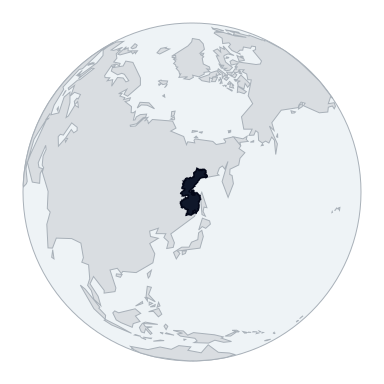 Khabarovsk on an orthographic globe
{"feature_id": "RUS-2614", "entity_name": "Khabarovsk", "entity_type": "Territory", "adm_level": 1, "iso_a3": "RUS", "parent_name": "Russia", "parent_adm1": "", "projection": "orthographic", "projection_center": [136.924, 54.6], "detail": "fine", "context": "on_globe", "style": "filled", "palette": "ink", "viewbox_px": 384, "rotation_deg": 0, "n_neighbors": 0, "source": "natural_earth", "source_scale": "10m", "svg_char_len": 17222}
<svg xmlns="http://www.w3.org/2000/svg" viewBox="0 0 384 384"><circle cx="192" cy="192" r="169" fill="#eef3f6" stroke="#a8b0b8"/><path d="M302.9,315.8L302.8,316.1L302.6,316.3L302.9,315.8ZM332.0,97.4L332.8,98.7L330.7,96.4L328.3,103.7L334.3,102.7L335.4,106.4L334.2,108.8L332.4,106.0L328.3,107.2L327.8,112.0L319.4,112.8L303.4,105.7L305.1,103.2L301.1,102.1L298.8,105.2L298.2,107.6L281.2,110.2L271.8,122.7L274.1,130.5L269.4,126.1L277.4,143.9L275.7,154.5L274.4,140.2L271.7,137.1L268.9,143.0L265.6,141.1L262.3,143.0L258.6,140.3L258.1,132.5L255.7,130.7L253.9,135.1L249.0,135.4L252.1,129.2L243.8,129.2L241.5,116.8L252.7,103.7L248.2,95.8L251.3,79.9L247.8,79.7L246.7,74.0L242.3,71.7L244.1,69.8L239.0,69.7L238.2,72.0L235.7,72.8L233.0,71.8L234.8,69.0L236.5,69.1L235.6,67.7L237.7,66.8L235.1,66.7L237.7,63.6L231.2,65.1L230.0,61.4L232.7,59.8L237.6,61.9L256.0,64.5L260.3,64.0L261.5,61.0L253.0,50.7L255.6,49.6L255.5,46.7L251.7,46.1L250.5,48.3L243.4,47.0L242.7,50.2L239.8,50.2L237.1,52.9L232.0,50.5L228.5,46.7L230.5,44.4L229.0,42.8L222.7,43.5L222.1,38.2L214.2,33.2L214.6,32.2L223.5,32.5L234.8,35.9L246.3,37.4L233.3,34.5L234.6,32.6L232.5,31.6L229.2,30.8L226.5,30.8L225.8,29.9L238.4,32.2L239.3,33.0L235.3,32.2L240.6,33.9L249.1,36.0L249.1,35.2L262.0,40.1L262.1,39.7L265.0,40.7L263.9,40.9L266.2,40.7L281.3,48.7L282.6,49.4L286.7,52.1L287.3,52.6L292.0,56.1L298.0,60.9L298.7,61.3L305.7,67.8L313.8,75.6L319.6,81.3L332.0,97.4ZM339.5,210.4L338.1,208.1L339.9,207.4L339.5,210.4ZM336.6,208.2L337.2,208.7L336.6,208.6L336.6,208.2ZM335.7,209.2L336.4,208.5L335.7,209.5L335.7,209.2ZM334.6,210.8L335.1,209.8L335.1,210.0L334.6,210.8ZM332.5,212.3L331.9,212.6L332.2,211.5L332.5,212.3ZM298.5,109.0L299.1,105.5L302.4,103.5L302.3,106.6L298.5,109.0ZM291.7,113.2L291.0,110.8L295.5,111.9L294.5,112.9L291.7,113.2ZM276.5,136.8L277.6,133.5L277.7,137.3L276.5,136.8ZM262.5,143.8L263.3,145.3L261.3,145.7L262.5,143.8ZM240.0,54.2L238.6,53.5L239.8,53.3L240.0,54.2ZM240.2,56.0L242.7,56.2L243.2,57.1L241.6,56.9L240.2,56.0ZM253.7,142.0L250.3,142.2L253.7,140.6L253.7,142.0ZM237.0,55.6L243.7,58.7L244.4,60.3L239.2,61.3L237.0,55.6ZM248.2,141.4L239.9,142.4L240.8,145.9L233.4,136.8L243.0,138.8L247.1,136.2L246.2,139.4L248.2,141.4ZM239.1,73.2L239.8,70.7L241.7,73.8L239.1,73.2ZM240.9,75.0L250.2,83.9L247.7,87.3L245.1,83.5L243.9,88.9L238.2,86.1L237.5,82.6L240.3,80.9L236.0,81.1L240.9,75.0ZM230.7,131.7L228.6,130.9L230.7,130.3L230.7,131.7ZM234.8,73.4L236.9,74.8L234.9,77.8L230.4,75.6L232.5,75.3L234.8,73.4ZM246.4,91.7L244.2,93.7L238.9,91.9L237.3,92.5L237.8,86.3L246.4,91.7ZM231.6,74.1L228.1,74.4L226.6,72.1L232.6,72.3L231.6,74.1ZM236.3,79.6L235.2,80.9L234.3,79.4L236.3,79.6ZM219.3,64.5L221.9,65.9L221.0,67.5L219.3,64.5ZM226.9,74.7L227.5,75.5L227.4,76.3L224.9,76.1L226.9,74.7ZM234.0,85.6L232.3,84.6L233.6,88.1L229.6,87.1L230.7,83.2L228.6,84.4L227.4,84.2L229.6,81.4L234.0,85.6ZM222.2,78.4L222.3,73.5L217.7,70.4L218.3,68.8L225.5,74.1L222.2,78.4ZM226.4,80.4L224.0,78.8L225.9,77.5L228.8,77.8L226.4,80.4ZM226.6,87.8L232.3,90.3L231.9,91.1L226.6,87.8ZM220.5,77.8L220.6,79.0L220.0,77.7L220.5,77.8ZM224.3,85.0L226.4,85.7L225.8,86.6L224.3,85.0ZM218.9,80.9L218.9,79.3L220.9,79.4L218.9,80.9ZM221.1,83.0L219.8,84.0L221.5,80.4L222.1,83.2L221.1,83.0ZM223.4,85.7L223.8,86.4L222.6,85.2L223.4,85.7ZM211.5,81.6L213.2,77.1L217.5,77.3L215.3,81.6L211.5,81.6ZM113.4,42.4L109.2,45.7L101.6,50.5L85.3,66.1L82.4,68.8L79.2,69.4L63.0,87.1L63.7,89.3L54.1,105.2L50.9,114.8L58.8,112.9L64.1,97.1L70.0,92.1L69.9,102.8L66.1,117.5L68.3,116.0L74.9,105.2L78.4,107.4L77.7,101.5L74.8,104.8L74.3,101.3L77.0,98.2L78.1,99.0L80.5,94.5L74.5,92.3L70.9,95.4L74.5,85.5L68.8,89.8L68.2,88.1L77.6,80.2L80.0,79.6L94.0,68.5L91.8,68.1L78.5,78.7L80.7,76.0L77.6,76.1L81.7,73.9L96.9,62.9L103.0,55.5L103.2,50.1L108.4,46.3L116.1,42.1L123.5,41.4L111.2,50.0L113.7,50.4L122.6,47.3L118.1,50.3L120.2,50.3L116.2,53.8L116.9,58.2L113.7,62.0L120.1,63.4L119.3,65.7L115.8,64.1L111.7,65.3L104.6,75.7L105.1,77.6L109.8,77.8L107.2,80.8L112.7,79.7L111.6,86.2L117.5,77.5L123.2,78.0L125.9,81.9L128.8,80.7L124.4,74.3L121.7,73.3L117.7,74.8L111.3,71.1L112.4,67.7L123.1,66.0L125.8,61.1L132.9,62.4L140.4,78.0L140.4,85.1L127.6,96.2L124.0,94.3L126.9,89.2L118.6,93.7L122.0,93.4L119.9,96.1L124.8,97.6L123.6,99.6L130.4,97.8L129.4,100.5L125.1,101.6L131.5,106.6L131.1,112.6L133.1,112.8L135.4,111.3L133.4,120.1L135.0,119.9L136.3,116.9L140.3,114.6L146.6,114.1L145.6,117.2L143.2,117.7L136.5,123.8L130.2,125.2L130.4,126.4L135.6,126.0L143.8,118.5L147.9,117.4L144.5,121.2L146.0,119.7L147.7,120.2L148.4,123.5L152.4,119.5L172.6,121.1L176.0,128.1L170.7,131.1L183.7,136.5L186.5,144.7L187.7,141.8L194.8,142.9L194.0,140.3L195.1,139.0L212.8,141.4L216.2,144.5L225.1,142.9L225.7,141.6L223.8,139.1L233.4,136.8L240.8,145.9L239.0,148.5L244.9,152.7L240.0,158.3L238.7,165.0L230.0,169.2L229.7,174.4L232.1,175.5L233.4,183.7L228.1,197.4L222.1,181.5L228.0,161.4L224.7,169.0L222.4,166.0L219.4,168.0L217.3,173.7L219.0,175.1L200.0,178.6L188.9,191.6L197.1,193.1L200.0,198.7L194.6,216.3L170.8,233.9L174.4,242.8L173.2,247.4L166.7,248.5L168.4,241.7L163.9,237.5L165.8,233.7L156.0,233.6L158.4,228.2L149.6,231.1L150.5,236.5L158.3,238.3L149.7,243.5L154.8,253.8L152.9,262.8L136.1,272.6L122.7,271.4L121.4,273.6L117.3,268.3L110.0,270.0L115.9,288.0L115.0,291.6L104.1,293.1L104.2,290.4L93.5,276.5L90.0,283.8L98.1,296.3L100.8,305.7L93.9,299.2L91.3,290.5L87.6,285.4L89.7,278.7L88.6,264.8L81.8,262.2L83.4,257.7L80.9,243.1L71.7,238.6L56.3,238.1L52.5,248.1L48.0,247.9L46.8,224.3L50.2,212.0L47.3,208.5L48.1,191.4L42.3,172.0L43.7,167.7L42.2,165.1L43.1,156.0L46.1,149.5L45.7,145.3L38.2,162.8L39.0,167.5L42.7,168.7L40.2,173.5L39.6,183.3L32.3,182.1L27.4,162.5L30.7,153.9L46.3,120.1L47.9,119.1L48.2,118.9L48.6,118.4L46.2,119.1L50.1,113.4L37.8,133.0L34.0,139.3L27.3,162.5L27.0,162.2L26.0,168.8L27.2,181.4L26.4,183.7L23.5,186.8L23.2,185.0L24.2,172.5L26.1,160.0L29.0,147.7L32.7,135.7L37.4,123.9L42.9,112.6L49.2,101.7L56.4,91.3L64.3,81.4L72.9,72.2L82.1,63.6L92.0,55.8L102.5,48.7L113.4,42.4ZM58.2,136.6L58.4,146.2L64.9,138.8L65.6,142.0L67.6,138.4L65.4,138.3L71.3,129.5L73.7,132.8L77.1,130.6L77.2,127.3L71.7,122.9L63.3,135.1L60.4,134.3L58.2,136.6ZM233.9,32.5L232.9,32.3L229.8,31.3L231.8,31.6L233.9,32.5ZM212.8,29.0L212.1,27.7L214.0,28.7L216.6,28.6L223.9,30.8L215.2,31.9L217.9,30.9L212.8,29.0ZM231.1,34.4L227.5,32.6L231.8,34.5L231.1,34.4ZM135.9,47.6L132.5,48.8L131.0,47.8L135.0,43.7L137.2,45.2L135.9,47.6ZM128.0,50.9L137.5,50.8L135.4,53.6L134.9,52.0L132.6,53.8L131.3,51.8L120.0,54.9L117.9,54.2L126.4,46.7L124.8,49.4L128.2,47.9L128.0,50.9ZM165.5,48.3L169.6,49.0L159.7,54.0L157.0,52.8L160.8,48.4L166.3,47.4L165.5,48.3ZM226.5,56.9L228.7,57.4L228.2,58.1L225.9,58.3L226.5,56.9ZM220.6,65.0L216.3,55.8L218.6,55.8L213.4,50.8L217.4,48.9L220.7,52.1L219.8,47.1L224.4,49.3L223.2,46.0L230.0,53.4L234.1,55.5L228.0,53.9L224.2,55.5L223.8,56.8L225.6,62.1L232.5,67.5L229.8,70.2L226.1,70.7L224.0,69.8L226.4,68.3L221.9,68.2L223.8,65.3L220.6,65.0ZM183.9,78.8L187.6,76.7L178.9,77.4L180.7,73.9L179.6,74.2L178.9,71.3L176.2,68.4L177.7,67.1L176.0,66.6L175.5,64.8L173.6,63.6L175.8,61.0L173.7,59.4L175.9,59.0L171.7,57.2L175.8,57.4L175.6,55.3L171.7,56.2L188.0,45.9L191.7,41.8L192.4,38.5L199.4,39.7L203.2,43.8L204.4,49.3L199.9,53.2L203.8,53.3L202.9,55.2L200.1,54.4L203.7,56.8L202.2,58.2L203.3,64.0L209.5,67.0L210.0,69.4L206.8,68.9L209.6,71.6L204.0,72.4L204.2,74.1L198.9,76.8L192.6,75.2L193.4,77.3L189.4,79.6L183.9,78.8ZM209.8,82.2L201.9,80.7L199.0,78.2L209.4,74.6L210.0,72.9L216.6,70.9L220.6,74.6L218.4,74.8L217.1,76.0L216.3,74.3L216.0,76.5L212.9,76.9L211.8,78.7L209.5,77.7L209.8,82.2ZM82.3,70.4L80.6,72.3L78.7,75.1L76.8,75.3L82.3,70.4ZM92.5,62.7L91.4,64.1L87.7,65.5L89.5,63.7L92.5,62.7ZM94.0,63.9L91.7,64.1L94.0,62.9L94.0,63.9ZM115.1,65.5L114.4,67.2L113.1,67.5L112.1,66.7L115.1,65.5ZM158.5,81.1L161.1,80.0L161.6,80.7L167.6,81.0L166.7,83.7L162.8,84.6L158.5,81.1ZM57.9,111.0L57.0,109.1L58.3,107.2L58.3,108.2L57.9,111.0ZM65.9,90.8L62.6,95.9L65.4,90.8L65.9,90.8ZM158.6,84.1L161.1,83.8L159.1,85.4L158.6,84.1ZM166.4,85.8L164.5,87.7L167.3,84.1L166.4,85.8ZM140.6,337.4L145.7,339.2L145.6,339.5L140.6,337.4ZM135.3,334.5L141.0,336.4L134.4,335.0L135.3,334.5ZM143.2,337.1L149.0,338.0L151.5,338.1L151.1,338.7L143.2,337.1ZM131.5,333.3L111.7,325.0L104.2,320.2L105.8,319.6L118.0,325.8L131.5,333.3ZM105.2,319.3L93.9,308.7L80.3,285.1L85.1,289.0L99.8,307.2L98.8,308.1L105.6,315.3L105.2,319.3ZM133.2,323.6L132.2,327.3L121.1,322.7L116.2,319.9L112.8,312.9L114.7,310.9L118.6,312.8L135.2,308.8L140.7,313.4L135.4,316.0L140.0,321.5L133.2,323.6ZM52.7,249.7L54.0,258.9L51.7,257.3L52.7,249.7ZM142.8,303.4L135.5,306.0L142.4,301.5L142.8,303.4ZM147.4,298.2L147.4,300.9L145.1,297.6L147.4,298.2ZM120.4,277.3L116.1,276.0L116.4,273.9L122.1,274.5L120.4,277.3ZM151.4,270.2L149.7,276.3L148.3,278.0L147.2,273.7L151.4,270.2ZM154.5,108.8L147.2,105.2L141.4,104.9L137.2,108.0L140.0,102.3L149.0,102.8L154.5,108.8ZM170.5,119.2L174.2,116.7L174.7,119.0L173.9,119.9L170.5,119.2ZM171.2,116.8L171.7,111.6L175.1,111.1L174.1,115.3L171.2,116.8ZM164.8,97.2L162.7,95.9L164.4,94.6L164.8,97.2ZM140.1,352.8L140.5,352.9L131.3,348.4L133.6,349.3L130.5,346.4L148.0,349.6L160.1,347.0L171.3,349.3L178.8,345.6L190.8,346.9L187.9,350.3L201.2,352.8L208.2,344.8L218.3,352.3L229.3,353.0L234.7,354.5L226.3,357.4L211.5,359.8L196.6,360.9L195.1,360.9L191.8,361.0L194.2,360.8L189.7,360.9L185.4,360.6L177.9,360.0L154.2,356.7L140.1,352.8ZM264.3,340.8L266.6,340.0L270.7,339.2L267.0,340.6L264.3,340.8ZM297.2,320.8L298.7,320.3L296.2,322.1L297.2,320.8ZM302.6,316.3L299.6,318.6L302.9,315.8L302.6,316.3ZM274.0,333.2L275.3,333.0L274.4,333.6L274.0,333.2ZM273.0,333.4L274.1,332.3L274.2,332.9L273.0,333.4ZM261.5,333.2L262.7,332.3L263.4,332.5L261.5,333.2ZM153.3,341.2L160.2,340.1L164.2,340.6L153.3,341.2ZM259.5,332.8L256.3,333.6L256.6,333.1L259.5,332.8ZM259.5,331.6L259.1,331.0L261.3,332.0L259.5,331.6ZM253.2,331.6L257.3,331.9L252.8,331.9L253.2,331.6ZM251.0,332.4L248.2,332.4L248.4,332.1L251.0,332.4ZM221.3,338.1L231.5,341.5L223.7,342.3L214.8,340.2L208.6,343.1L194.0,342.6L197.1,341.0L194.9,338.3L180.4,336.1L177.5,333.9L182.5,333.2L173.2,330.4L183.3,330.9L187.7,335.2L193.5,332.6L204.0,333.7L214.5,334.8L223.3,336.9L221.3,338.1ZM183.8,339.2L185.6,339.4L184.1,340.3L183.8,339.2ZM242.9,331.5L246.9,332.4L246.5,333.0L244.5,333.1L242.9,331.5ZM225.2,336.1L234.5,332.0L236.8,331.8L230.7,336.0L225.2,336.1ZM232.1,330.3L236.6,330.2L239.0,331.5L238.1,332.1L232.1,330.3ZM162.9,332.8L162.6,333.8L160.0,332.4L162.9,332.8ZM166.2,332.8L174.1,335.2L165.5,333.6L166.2,332.8ZM143.3,323.5L145.5,326.8L152.3,326.9L147.1,327.9L152.0,333.3L150.5,334.4L145.6,328.8L144.3,332.9L141.3,331.9L139.4,327.5L142.3,323.4L145.3,322.1L157.8,324.4L143.3,323.5ZM166.1,329.6L164.0,326.1L165.6,324.2L167.8,326.3L166.1,329.6ZM158.4,316.8L153.5,311.4L148.6,311.7L158.8,308.4L161.8,314.2L158.4,316.8ZM154.8,306.6L150.2,306.9L155.2,304.6L154.8,306.6ZM149.2,305.1L149.1,302.0L152.5,303.4L149.2,305.1ZM157.1,307.3L158.6,302.4L160.0,305.9L157.1,307.3ZM148.6,294.6L155.3,301.8L146.0,296.9L147.3,286.3L151.4,287.3L148.6,294.6ZM182.3,254.7L182.2,251.0L186.4,250.9L185.3,253.5L182.3,254.7ZM200.0,248.1L187.5,249.7L177.5,251.1L179.9,253.4L176.3,258.9L173.5,252.4L181.7,247.2L189.0,247.2L191.5,242.2L197.8,239.6L198.6,232.8L201.8,230.3L203.3,236.5L200.0,248.1ZM198.7,230.0L202.4,218.2L209.6,220.9L210.4,224.1L205.7,228.3L202.2,226.6L198.7,230.0ZM205.4,216.2L202.0,214.6L200.4,195.5L201.8,192.3L206.9,207.7L204.0,207.1L203.1,211.4L205.4,216.2ZM228.5,132.7L228.6,131.1L229.9,132.6L228.5,132.7ZM194.5,137.6L196.2,136.1L197.7,137.8L194.5,137.6ZM201.8,133.1L198.9,132.2L202.4,131.8L201.8,133.1ZM192.4,130.5L198.0,131.2L192.0,132.4L192.4,130.5Z" fill="#d9dde1" stroke="#a8b0b8" stroke-width="1"/><path d="M187.7,210.6L187.0,210.2L187.7,210.3L188.1,210.1L188.2,209.6L187.4,209.6L187.1,209.2L186.8,209.4L186.2,209.4L185.9,209.1L185.0,208.8L184.8,207.8L184.1,207.6L184.0,207.2L183.3,207.3L183.3,207.1L182.8,206.8L182.6,207.1L182.5,207.5L182.2,207.2L181.5,207.5L181.4,207.4L181.6,206.8L181.7,206.3L181.4,206.0L181.7,205.9L181.7,205.4L181.3,205.2L181.4,204.9L181.7,204.7L181.4,204.1L181.2,204.1L181.1,203.8L180.7,203.9L180.7,203.7L180.9,203.4L180.8,203.1L180.5,203.1L180.4,203.3L180.3,203.1L180.7,202.5L180.6,202.1L180.9,202.1L181.2,201.4L181.4,201.4L181.7,201.1L182.0,201.2L181.9,200.2L183.5,200.0L183.8,199.8L183.8,199.5L184.0,199.6L184.2,199.2L184.6,198.9L185.2,199.0L185.7,198.8L185.4,198.2L185.5,198.0L185.4,197.6L185.5,197.5L186.5,198.0L187.9,198.3L187.9,198.0L188.2,197.7L188.1,197.4L187.9,197.2L188.0,197.0L188.0,196.8L188.4,196.4L188.4,196.1L188.5,195.9L188.3,195.7L188.5,195.4L187.9,194.8L187.7,194.9L187.6,195.1L186.9,195.3L186.1,195.0L185.5,195.3L185.4,195.7L183.5,195.8L183.3,196.0L183.1,196.0L183.1,195.7L182.3,195.7L182.5,195.4L182.4,194.1L181.9,193.9L181.6,194.0L180.7,193.5L180.9,192.9L181.4,192.5L182.0,192.4L182.3,191.8L182.2,191.6L183.6,190.8L183.6,190.6L183.8,190.4L184.3,190.4L184.3,190.0L184.7,190.0L184.9,189.8L184.9,189.5L185.3,189.5L185.0,189.4L184.8,189.1L184.7,188.6L183.5,188.7L182.3,188.6L182.0,188.4L182.0,187.7L182.2,187.1L182.5,186.9L182.6,186.3L182.9,186.0L183.0,186.3L183.2,185.9L183.4,186.1L183.5,186.2L183.4,186.0L183.5,185.6L183.7,185.4L183.7,185.1L183.2,184.5L183.3,184.4L183.0,184.1L182.8,184.2L182.7,183.9L183.0,183.7L183.4,183.9L183.5,183.7L183.5,183.3L183.8,183.1L183.7,183.0L184.2,182.9L184.3,182.7L183.9,182.1L184.0,181.9L183.7,181.7L183.8,181.5L183.5,181.2L183.9,181.2L184.4,181.7L184.5,181.6L184.4,181.4L184.4,181.1L184.7,181.0L184.7,180.7L184.6,180.3L185.1,180.3L185.0,180.2L185.3,179.9L185.3,179.5L185.4,179.2L185.7,179.2L185.9,178.9L185.8,178.6L186.7,178.1L187.7,178.2L188.4,178.5L188.7,178.4L188.9,178.6L189.4,178.7L189.7,177.9L190.3,177.5L190.7,177.8L191.8,178.0L192.8,177.4L192.8,177.2L193.0,176.9L193.6,176.7L193.7,177.0L194.0,176.9L193.9,176.6L194.0,176.2L193.9,175.4L194.0,174.9L193.9,174.6L194.2,174.1L193.8,173.5L193.8,173.3L194.0,173.1L193.9,172.8L194.5,172.6L194.4,172.3L194.6,172.1L194.8,172.2L195.1,171.8L195.7,171.7L195.8,171.2L196.2,170.6L196.3,170.2L196.6,170.0L196.7,169.0L197.1,168.9L197.1,168.4L197.6,168.7L197.7,168.9L198.0,168.8L198.4,169.5L198.6,169.8L198.8,169.7L198.8,169.9L199.2,169.7L199.4,170.0L199.6,170.1L199.6,170.3L200.0,170.0L200.4,170.2L200.5,169.6L200.9,169.8L201.2,169.7L201.2,170.0L201.3,170.2L201.7,169.8L201.8,170.5L202.2,170.5L202.6,170.1L202.6,169.7L203.0,169.4L203.4,169.7L203.8,169.7L204.1,169.3L204.8,169.7L205.5,170.4L205.6,171.0L205.8,171.0L205.7,171.3L205.9,171.6L205.9,171.9L205.8,172.0L206.0,172.2L205.9,172.3L205.6,172.4L205.7,173.0L205.1,173.1L204.4,174.0L204.6,174.2L204.6,174.4L204.9,174.7L205.8,174.4L205.9,174.8L206.3,174.8L206.3,175.1L206.5,175.4L206.8,175.2L207.0,175.3L207.1,175.7L207.0,175.9L207.2,176.0L207.2,176.7L206.9,176.9L206.2,176.7L206.0,176.9L206.2,177.5L205.7,177.7L205.4,177.5L205.5,176.9L205.3,177.0L205.1,176.9L204.1,177.3L202.4,177.3L201.9,177.6L201.4,177.5L200.1,178.4L199.7,178.8L199.1,179.9L197.9,181.0L197.6,182.3L196.9,182.7L196.5,183.4L196.3,183.5L196.0,184.0L195.6,184.1L195.2,184.5L195.1,184.8L194.7,185.0L194.7,185.5L194.6,185.3L194.2,186.0L194.0,186.4L194.2,186.5L193.9,186.6L193.6,186.8L193.3,187.5L192.9,187.7L192.8,188.0L192.6,188.0L191.7,188.9L191.2,189.2L190.7,189.9L189.5,190.6L189.0,191.2L189.1,191.7L189.8,191.8L190.0,192.1L191.3,192.0L191.6,191.7L191.6,192.0L191.8,191.9L191.9,192.0L191.9,192.5L191.7,192.5L191.8,192.8L191.7,192.9L191.8,193.3L191.5,194.0L191.6,194.3L192.1,194.2L192.3,194.3L192.5,194.2L192.6,193.7L192.4,193.6L192.2,193.3L192.8,192.9L193.4,192.8L193.0,193.5L192.9,193.3L192.7,193.4L192.7,193.6L193.2,193.9L193.6,193.9L193.2,194.3L193.0,194.7L192.5,194.9L192.7,195.2L193.7,195.0L194.1,194.7L194.4,194.5L194.5,194.0L194.9,193.7L194.9,194.2L194.3,195.2L194.7,195.2L195.0,194.5L195.2,193.7L195.2,193.4L195.0,193.5L195.1,193.0L195.0,192.9L196.1,193.1L196.9,192.8L197.0,193.0L197.7,193.5L197.9,193.7L197.8,194.0L198.4,194.7L199.3,195.1L199.1,195.1L199.9,195.6L199.8,195.8L200.0,196.0L199.9,196.3L199.5,196.3L199.6,196.5L199.0,196.2L198.7,196.2L199.1,196.4L199.4,196.8L199.7,196.9L199.6,197.1L199.8,197.5L199.6,198.2L200.4,198.9L200.0,199.1L199.9,199.4L200.2,199.6L199.8,199.9L199.6,200.4L199.3,200.6L199.3,200.9L199.1,201.1L199.3,201.1L199.3,201.3L198.9,201.5L199.0,202.3L198.7,202.8L198.6,203.3L198.7,203.6L198.6,203.8L198.8,204.4L198.8,204.9L199.1,205.1L198.6,205.8L198.9,206.0L199.0,206.6L198.7,207.5L198.6,208.0L198.4,208.3L198.7,208.3L198.4,209.0L198.4,209.9L196.6,212.0L196.2,213.1L195.9,212.9L195.2,212.9L195.4,212.5L195.2,212.4L195.8,212.0L195.8,211.8L195.3,211.3L195.4,211.0L195.5,211.0L195.5,210.8L195.2,210.8L195.1,210.2L194.7,210.1L193.9,210.8L193.0,210.8L192.8,211.2L193.3,211.7L193.0,212.1L194.2,212.4L194.1,212.6L194.3,212.6L194.3,212.8L193.1,213.8L192.3,213.5L192.1,213.9L192.1,214.3L191.4,215.0L190.7,215.0L190.3,214.8L190.0,214.9L189.6,214.6L188.9,214.6L189.0,214.2L188.8,213.9L188.3,213.7L188.1,214.0L187.8,213.8L187.5,214.0L187.2,214.4L186.9,215.2L186.1,215.3L186.3,214.3L186.6,213.9L186.5,213.5L186.5,213.3L187.3,212.9L187.7,212.2L187.3,211.3L187.7,210.6ZM193.6,190.8L194.2,190.7L193.8,191.0L193.8,191.4L193.4,191.9L193.0,191.2L192.5,191.5L193.1,190.2L193.7,190.4L193.8,190.5L193.6,190.8ZM192.4,190.5L192.3,191.0L191.6,191.1L191.8,190.8L192.4,190.5ZM193.4,192.7L193.7,192.3L193.5,192.6L193.4,192.7ZM193.2,192.1L193.2,192.6L193.1,192.2L193.2,192.1ZM196.0,192.0L196.0,191.9L196.0,192.0Z" fill="#0f172a" stroke="#020617" stroke-width="1.5"/></svg>